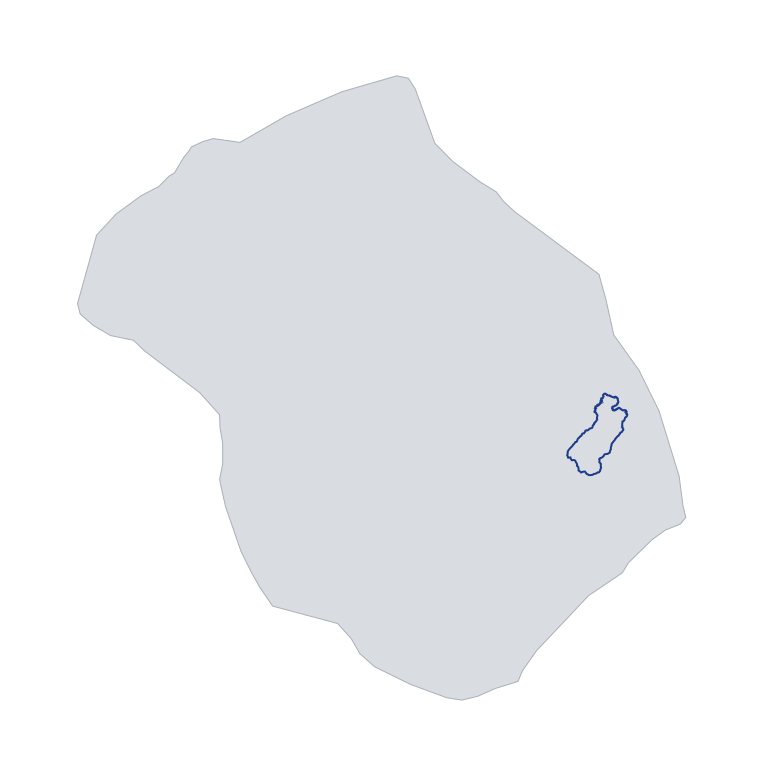 location of Menkhoaneng, Leribe, Lesotho, rotated 95°
{"feature_id": "5366337B76816657583233", "entity_name": "Menkhoaneng", "entity_type": "district", "adm_level": 2, "iso_a3": "LSO", "parent_name": "Lesotho", "parent_adm1": "Leribe", "projection": "mercator", "projection_center": [28.291, -28.899], "detail": "fine", "context": "in_parent", "style": "outline", "palette": "blue", "viewbox_px": 768, "rotation_deg": 95, "n_neighbors": 0, "source": "geoboundaries", "source_scale": "gbopen_adm2", "svg_char_len": 6673}
<svg xmlns="http://www.w3.org/2000/svg" viewBox="0 0 768 768"><g transform="rotate(95 384 384)"><path d="M519.9,531.2L496.1,538.7L492.8,539.4L477.6,537.7L457.3,539.5L441.4,543.6L429.0,545.1L408.8,566.7L372.1,625.2L362.3,637.4L359.6,660.4L351.1,678.6L340.7,692.8L330.5,696.3L299.9,690.6L260.7,683.3L237.9,665.6L217.6,642.4L206.9,625.6L195.7,616.3L191.9,611.1L175.9,603.4L169.9,599.3L164.6,596.5L158.2,585.3L154.4,575.6L155.9,548.5L144.6,532.4L125.4,504.9L113.2,482.4L96.6,451.6L86.4,425.4L75.9,398.2L77.2,386.5L87.3,378.6L116.9,364.9L139.8,354.3L156.3,334.9L174.2,306.1L182.9,288.8L191.6,280.9L201.1,268.7L217.7,241.6L236.2,211.6L256.0,179.4L281.0,170.1L315.1,159.4L347.9,131.3L387.0,107.6L450.0,82.0L479.4,75.5L490.6,71.7L497.7,76.6L505.2,91.3L515.9,103.6L540.8,124.9L551.3,130.1L577.0,161.8L604.5,183.5L636.1,208.6L657.6,221.1L668.6,224.6L677.7,246.8L686.9,263.4L692.1,278.8L691.1,294.0L681.1,330.9L666.5,368.7L654.8,384.5L640.6,394.4L626.6,409.4L621.3,439.8L615.0,475.6L596.8,490.4L582.7,500.0L563.1,511.9L519.9,531.2Z" fill="#d9dde1" stroke="#a8b0b8" stroke-width="1"/><path d="M435.8,195.1L436.2,195.0L437.1,195.1L437.6,194.9L438.7,195.2L439.3,195.3L439.5,195.1L439.9,194.7L440.6,194.3L441.1,194.3L441.4,194.1L441.2,193.2L441.0,192.5L440.9,192.0L441.4,191.9L441.6,191.6L442.4,191.3L443.6,190.2L443.6,189.9L443.2,188.7L443.3,187.6L443.4,187.3L443.6,186.9L444.0,186.6L445.1,186.1L445.7,185.5L446.5,185.1L446.8,184.8L447.2,184.6L447.5,184.6L448.5,184.7L449.0,184.4L449.1,184.0L449.5,183.5L449.8,183.3L450.9,182.9L451.8,182.7L453.2,182.7L453.5,182.0L454.1,181.2L454.3,180.6L455.0,179.9L454.5,179.2L454.1,178.0L453.7,176.9L453.7,176.6L453.9,175.9L454.6,175.4L455.8,174.4L456.2,173.2L456.9,172.1L456.8,170.4L456.3,168.3L455.9,167.8L455.5,167.4L455.2,166.7L455.1,166.2L454.9,165.4L454.6,164.8L453.7,163.8L453.4,163.4L453.4,162.4L453.1,162.0L452.5,161.7L451.7,161.1L450.5,161.1L449.7,160.8L449.3,160.7L448.7,160.4L448.4,160.6L447.2,160.7L446.1,161.1L445.6,161.1L445.0,160.9L444.6,161.0L443.6,162.1L443.3,162.6L443.1,162.7L441.0,162.6L440.7,162.7L440.5,162.9L440.2,163.1L439.2,162.4L439.0,162.2L438.3,160.5L437.6,159.8L437.2,159.6L437.0,159.4L436.8,159.0L435.7,158.7L434.9,158.2L434.5,157.0L434.3,155.9L434.1,155.6L434.1,155.0L433.5,154.4L432.6,153.1L430.8,153.0L429.3,152.3L427.3,152.5L425.0,151.9L424.2,152.1L423.4,151.8L422.8,151.3L421.9,150.8L420.7,149.9L419.8,149.3L419.1,149.1L418.8,149.0L418.7,148.8L418.3,148.5L417.5,148.2L416.9,147.5L416.6,147.3L415.5,146.7L415.4,146.2L415.2,146.0L414.8,145.7L414.0,145.3L413.6,145.2L413.3,145.0L413.0,144.6L412.7,144.5L412.2,144.5L411.9,144.3L411.2,143.0L410.6,142.7L410.3,142.5L409.9,142.4L409.8,142.2L409.4,142.0L408.9,141.7L408.2,141.6L408.0,141.9L407.5,142.3L406.2,142.6L405.9,142.8L405.9,143.1L405.2,142.9L404.6,143.0L404.3,143.2L403.2,143.2L403.0,143.3L401.4,143.0L401.2,143.1L400.6,143.2L399.8,141.9L399.5,141.5L399.2,141.4L398.8,141.5L397.8,141.1L396.6,140.9L396.1,140.5L396.0,140.2L395.7,139.8L395.3,139.8L394.8,139.2L394.2,139.0L393.5,139.0L393.2,139.0L392.9,139.4L392.8,139.6L392.9,139.8L392.7,140.0L391.9,139.6L391.7,139.7L391.5,140.0L391.4,140.6L391.2,141.0L390.8,140.9L390.6,140.8L389.7,141.0L389.6,140.9L389.6,140.4L389.3,140.6L389.1,141.1L389.1,141.3L389.0,141.6L389.0,141.9L389.2,142.4L389.3,142.7L389.2,143.0L389.2,143.4L389.4,143.6L389.4,143.9L389.4,144.1L389.2,144.3L389.1,144.5L388.7,145.0L388.7,145.4L388.3,145.7L388.2,146.1L387.8,146.5L387.8,146.8L387.5,147.0L387.4,147.4L387.2,147.7L387.2,148.0L387.7,148.5L387.8,149.0L388.0,149.3L388.6,149.4L388.6,150.0L389.0,150.7L389.3,150.7L389.7,150.8L389.8,151.2L390.0,151.8L389.9,152.1L390.3,152.2L390.3,152.4L390.2,152.4L390.1,153.1L390.2,153.4L390.2,153.5L390.1,153.8L389.5,154.0L389.1,153.8L388.8,153.9L388.6,154.0L388.4,154.7L388.2,154.8L387.6,154.4L387.3,154.5L386.7,154.4L386.4,153.2L386.1,153.0L386.0,152.4L385.4,152.0L385.4,151.7L385.3,151.3L384.9,150.8L384.8,150.4L383.5,149.9L383.3,149.9L383.2,149.7L382.9,149.7L382.9,149.4L382.4,149.4L381.9,149.0L381.2,149.0L380.8,149.1L380.6,149.3L380.0,149.6L379.5,149.6L379.2,149.7L378.7,149.8L378.2,149.9L378.1,150.3L377.6,150.4L377.0,151.1L377.2,151.3L376.5,152.3L376.5,152.6L376.6,152.8L377.3,152.8L377.5,153.1L377.5,153.8L377.4,154.1L377.2,154.3L377.2,154.7L376.9,155.5L376.8,155.8L376.8,156.5L376.3,157.3L376.1,157.3L376.0,157.6L376.1,158.0L375.8,158.4L376.0,158.6L375.9,159.0L375.9,159.8L375.8,160.2L375.3,160.8L375.5,161.1L375.0,161.5L374.8,161.8L374.8,162.0L374.4,162.3L374.3,162.6L374.4,163.5L374.8,164.0L375.0,164.0L375.5,164.5L376.0,164.9L376.3,164.8L377.0,164.3L377.3,164.2L377.7,164.4L377.6,164.5L378.1,164.5L378.3,164.6L378.5,164.6L378.7,164.9L379.1,164.9L379.5,165.2L379.7,165.6L379.8,166.2L379.7,166.3L380.1,166.4L380.2,166.5L380.6,166.3L380.6,166.1L380.8,166.1L381.0,166.0L381.1,165.9L381.3,165.7L381.5,165.8L381.6,166.0L381.7,165.8L381.8,165.9L382.0,165.9L382.1,165.7L382.3,165.6L382.4,165.8L382.5,165.7L382.5,165.8L382.7,166.1L382.7,166.3L382.9,166.4L382.9,166.5L383.2,166.6L383.3,166.7L383.6,166.9L383.8,166.7L383.8,166.9L384.1,166.8L384.3,166.9L384.9,167.3L385.0,167.5L385.2,167.4L385.3,167.6L385.6,167.6L385.8,167.9L386.0,168.1L386.0,168.4L386.1,168.6L386.0,168.9L386.2,169.0L386.3,169.3L386.3,169.5L386.6,169.5L386.7,169.8L386.8,169.8L386.8,169.5L387.0,169.6L387.1,169.4L387.3,169.8L387.6,169.9L387.7,170.0L387.7,170.3L387.9,170.5L387.9,171.0L388.0,171.4L388.5,171.3L388.9,171.5L389.0,171.4L388.9,171.3L388.9,171.2L389.1,171.2L389.3,171.3L389.5,171.3L389.5,171.0L389.8,170.9L389.9,171.1L390.0,170.9L390.1,171.0L390.3,171.0L390.7,171.2L391.0,171.2L391.3,171.2L391.5,171.4L391.6,171.6L391.8,171.7L392.1,171.6L392.4,171.2L392.6,171.3L392.6,171.6L393.0,171.6L393.1,171.8L393.5,171.9L393.7,171.5L393.7,171.2L393.7,170.8L394.0,170.6L394.3,170.2L395.1,169.9L395.2,169.6L395.6,169.4L395.9,169.1L396.6,168.6L398.4,168.8L399.2,169.0L399.6,169.0L400.1,168.7L400.9,168.5L401.6,169.0L401.9,169.1L402.7,169.6L403.0,169.6L403.4,170.3L404.3,170.6L404.8,171.3L405.6,171.2L406.0,171.2L406.3,171.7L406.7,172.1L407.4,172.5L408.1,172.4L408.5,172.4L409.8,173.1L410.2,174.4L410.5,175.2L411.1,175.7L412.1,176.6L412.6,177.4L412.4,178.4L413.0,179.3L413.3,179.4L413.9,179.4L414.8,180.0L415.7,180.4L415.9,181.5L416.1,182.0L416.5,182.3L417.1,182.3L417.8,182.7L418.1,182.8L418.4,182.9L418.5,183.1L418.6,183.6L418.9,183.8L419.4,184.0L419.6,184.3L419.8,184.6L420.4,184.9L420.7,185.3L421.0,185.4L421.6,186.0L422.0,186.3L423.2,186.5L423.9,186.8L424.4,186.8L425.0,187.6L425.0,187.9L425.1,188.3L425.5,188.6L426.4,188.9L426.6,189.0L427.1,189.5L427.7,190.1L428.1,190.2L428.4,190.6L429.4,190.9L429.9,191.4L430.3,191.8L430.9,192.2L431.4,192.7L433.8,194.4L434.6,194.8L435.8,195.1Z" fill="none" stroke="#1e3a8a" stroke-width="2"/></g></svg>